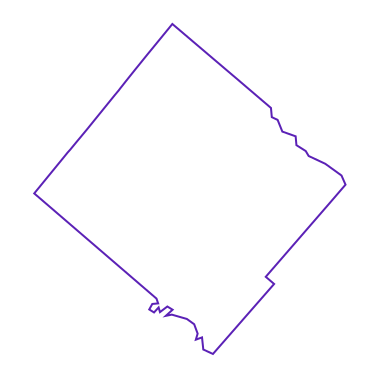 Bates, Missouri, United States of America (Robinson projection), rotated 39°
{"feature_id": "52423323B79334401878535", "entity_name": "Bates", "entity_type": "district", "adm_level": 2, "iso_a3": "USA", "parent_name": "United States of America", "parent_adm1": "Missouri", "projection": "robinson", "projection_center": [-94.392, 38.252], "detail": "fine", "context": "isolated", "style": "outline", "palette": "violet", "viewbox_px": 384, "rotation_deg": 39, "n_neighbors": 0, "source": "geoboundaries", "source_scale": "gbopen_adm2", "svg_char_len": 888}
<svg xmlns="http://www.w3.org/2000/svg" viewBox="0 0 384 384"><g transform="rotate(39 192 192)"><path d="M70.3,292.4L231.5,297.2L235.8,299.9L231.6,304.0L232.7,310.2L238.3,309.5L238.7,302.7L242.7,305.5L244.9,296.5L251.0,295.7L249.6,304.7L253.5,300.0L267.9,293.9L276.9,293.4L285.5,298.5L287.9,304.3L291.3,298.7L299.9,307.3L310.2,304.7L313.7,211.8L302.7,211.5L306.0,112.9L306.7,89.7L297.8,85.1L277.8,86.2L260.0,90.6L254.6,88.6L243.7,89.9L237.5,83.5L224.2,88.2L213.2,82.1L206.9,83.6L200.5,77.0L151.5,75.7L150.6,75.7L71.0,73.8L70.9,96.5L70.8,112.6L70.8,118.4L70.8,120.3L70.8,130.3L70.8,133.0L70.9,148.0L71.0,154.0L71.0,156.2L71.1,159.0L71.0,165.4L71.0,171.3L71.0,172.0L71.0,182.3L71.0,199.4L71.0,205.0L71.0,209.0L71.0,209.9L70.9,217.1L70.9,218.8L70.8,224.1L70.7,235.9L70.5,239.7L70.5,245.4L70.3,288.6L70.3,289.3L70.3,292.4L70.3,292.4Z" fill="none" stroke="#5b21b6" stroke-width="2"/></g></svg>